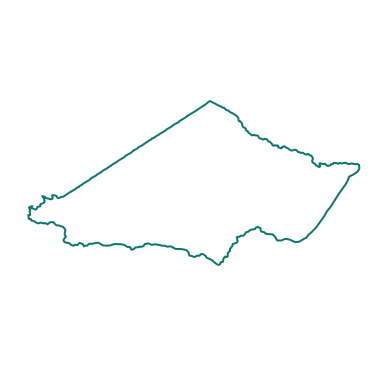 Chahal, Alta Verapaz, Guatemala (orthographic projection), rotated 210°
{"feature_id": "79465075B23943610665473", "entity_name": "Chahal", "entity_type": "district", "adm_level": 2, "iso_a3": "GTM", "parent_name": "Guatemala", "parent_adm1": "Alta Verapaz", "projection": "orthographic", "projection_center": [-89.573, 15.738], "detail": "fine", "context": "isolated", "style": "outline", "palette": "teal", "viewbox_px": 384, "rotation_deg": 210, "n_neighbors": 0, "source": "geoboundaries", "source_scale": "gbopen_adm2", "svg_char_len": 6004}
<svg xmlns="http://www.w3.org/2000/svg" viewBox="0 0 384 384"><g transform="rotate(210 192 192)"><path d="M210.2,280.3L221.7,279.8L222.6,278.7L224.4,273.7L225.4,272.3L228.8,265.1L234.5,254.7L234.9,253.2L238.3,247.2L238.6,245.7L241.3,241.4L242.6,238.2L245.5,233.1L245.7,232.0L249.2,225.8L249.5,224.7L251.1,222.2L252.3,219.5L253.3,218.6L253.5,217.2L254.7,215.5L258.7,207.1L260.8,203.8L261.2,202.2L263.5,198.3L264.5,195.4L267.5,190.4L268.1,188.3L271.6,182.1L272.0,180.6L274.3,176.7L277.7,169.5L279.5,166.6L281.0,162.9L282.7,160.3L283.3,158.4L286.3,153.3L286.9,151.0L290.4,145.0L290.9,143.4L292.4,140.9L292.4,140.0L293.5,138.7L294.3,136.6L298.0,130.0L301.0,123.8L301.3,123.4L302.0,123.0L302.6,122.6L303.1,122.0L303.5,121.1L304.6,119.9L305.2,119.7L305.7,119.8L306.3,120.0L306.7,120.3L307.2,120.7L307.8,120.8L308.5,120.7L310.5,119.9L311.2,119.5L311.3,119.1L311.1,118.5L310.6,118.0L310.2,117.8L309.8,117.4L309.5,116.8L309.5,116.4L309.7,115.8L310.2,115.4L310.7,115.1L311.2,114.9L313.0,114.5L314.5,113.9L315.0,113.8L315.7,113.7L316.3,114.2L316.7,114.2L318.4,114.0L319.3,113.5L318.8,113.2L316.8,112.3L316.3,111.8L316.1,111.1L315.6,110.7L315.0,110.5L314.8,110.0L314.8,109.0L315.1,108.2L316.9,106.0L317.2,105.3L316.7,104.8L316.4,104.4L316.4,103.8L316.6,103.3L317.8,102.5L318.3,102.0L318.3,101.4L318.1,100.2L318.1,99.7L318.3,99.0L318.8,98.5L319.7,98.4L321.0,98.3L322.0,97.9L322.4,97.8L323.0,97.9L323.3,98.5L323.2,99.2L323.3,99.7L323.8,99.4L325.1,97.8L325.3,97.2L325.2,96.8L324.8,96.4L324.2,96.0L323.5,95.8L323.0,95.4L322.9,94.9L322.8,93.7L322.5,93.4L322.0,93.0L321.6,92.4L321.2,91.9L320.8,91.5L320.8,91.1L321.2,90.6L321.5,90.3L322.1,90.0L320.0,87.3L319.4,87.2L318.2,87.9L316.7,87.0L315.0,87.7L310.2,87.7L309.0,88.3L307.9,89.8L304.8,90.6L303.8,91.6L300.9,91.9L300.0,94.4L299.0,95.4L296.8,96.6L294.2,95.6L292.6,95.4L290.9,96.3L286.4,97.3L283.7,96.5L282.5,95.5L281.5,92.3L280.4,91.0L279.1,90.5L278.9,89.9L279.3,88.5L279.2,86.2L278.3,85.2L276.5,85.0L272.6,86.3L270.6,85.8L267.8,86.1L267.2,87.5L264.6,88.8L264.4,90.6L263.6,91.8L262.7,91.9L260.4,92.2L259.4,91.6L258.4,91.0L257.5,92.2L256.1,93.0L255.1,95.9L253.1,96.8L249.3,100.2L247.5,101.3L242.5,101.2L239.7,102.5L236.4,104.6L233.4,107.9L227.7,111.2L224.2,112.3L220.3,112.1L219.0,113.0L217.6,113.2L216.1,111.9L215.2,111.9L213.7,113.9L213.4,115.5L210.7,117.6L210.0,118.6L208.9,118.9L207.7,119.9L207.0,120.9L206.8,123.4L203.9,125.8L201.4,125.9L200.1,126.3L198.1,128.1L193.5,130.0L191.2,130.4L188.5,132.0L186.0,132.3L183.4,134.3L177.8,134.5L172.1,137.5L168.1,138.8L166.3,138.5L164.6,137.8L162.7,135.8L161.6,135.9L160.4,136.5L157.9,136.7L156.8,137.5L155.9,139.3L153.8,140.5L153.5,140.9L153.3,142.3L152.6,143.2L150.9,143.7L148.1,143.4L146.6,142.5L140.6,143.0L136.7,142.1L133.8,141.9L132.9,142.0L132.0,142.7L131.7,143.6L131.9,145.7L130.3,147.2L130.4,147.9L131.2,149.1L131.3,151.2L130.9,152.7L129.8,152.8L128.9,154.1L130.4,157.1L129.7,160.2L130.6,161.5L130.1,165.9L130.7,167.3L128.3,170.1L127.8,170.9L128.1,172.5L130.4,175.0L130.4,175.7L128.5,177.0L127.8,178.7L126.4,179.2L125.6,180.0L125.1,182.5L125.1,184.1L123.4,185.8L122.5,188.4L119.2,191.2L118.8,192.0L119.0,192.6L117.6,194.7L114.6,194.8L113.0,192.8L112.0,192.5L109.1,193.3L107.7,192.8L106.1,193.1L101.1,195.6L97.9,194.9L94.4,192.8L93.7,192.8L90.3,194.7L88.2,197.7L87.1,198.4L83.7,199.6L77.5,200.2L74.1,202.8L71.1,208.3L70.2,209.3L69.7,213.3L68.5,216.5L66.7,223.7L65.4,237.4L65.5,242.6L64.5,249.2L64.0,263.5L62.8,275.1L62.9,279.3L63.6,283.9L61.3,287.3L58.9,292.0L58.7,295.5L59.2,296.7L61.0,298.9L62.7,299.0L64.0,297.9L67.9,296.6L69.9,294.8L71.3,294.2L73.6,294.2L74.4,293.3L75.8,292.4L76.8,291.4L77.5,291.2L78.0,291.2L78.6,291.1L78.9,290.7L79.0,290.2L79.3,289.6L79.9,289.5L80.8,289.5L82.4,288.7L82.8,288.6L83.4,288.4L83.9,287.8L83.9,287.2L83.9,286.7L84.5,286.1L84.9,286.0L85.4,285.5L85.5,284.9L85.6,284.3L85.9,284.0L86.3,283.8L86.6,283.3L86.8,282.9L87.3,282.5L87.9,282.4L88.5,282.3L89.2,282.4L89.7,282.6L90.3,282.8L90.9,282.8L91.4,282.5L92.5,281.8L93.1,281.5L93.7,281.3L94.6,281.2L95.1,281.1L95.6,280.9L95.6,280.5L95.6,280.0L95.1,279.4L94.6,279.0L94.2,278.7L93.8,278.3L94.0,277.6L94.5,277.2L94.9,277.1L95.7,277.1L96.2,277.3L96.7,277.3L97.4,277.1L98.1,277.0L98.4,277.3L99.0,277.7L99.7,277.8L101.7,277.8L102.4,278.0L103.1,278.6L103.5,278.9L103.7,279.7L103.8,280.3L103.9,281.1L104.3,281.7L104.7,282.0L105.3,282.3L105.6,282.5L106.6,283.0L107.2,283.1L107.6,283.0L108.2,282.7L108.6,282.6L109.0,282.7L109.5,283.0L110.1,283.1L110.8,282.9L111.2,282.4L111.6,281.6L112.1,281.4L112.8,281.4L113.4,281.2L114.0,281.2L115.4,281.5L116.1,281.2L116.5,280.9L116.9,280.5L117.5,280.2L118.1,280.2L118.8,280.3L119.3,279.9L119.7,279.7L120.2,279.6L120.8,279.9L121.2,280.1L121.8,280.3L122.3,280.3L123.4,280.3L124.2,279.9L125.9,278.1L126.5,277.7L127.2,277.5L129.0,277.4L130.0,277.7L131.1,277.8L131.6,277.8L132.3,277.6L132.9,277.6L134.2,277.8L134.9,277.8L135.3,277.2L135.6,276.8L136.2,276.5L136.4,276.1L136.3,275.7L136.3,275.2L136.4,274.7L136.7,274.4L137.4,274.3L138.3,274.1L138.8,273.9L139.4,273.8L140.0,274.4L140.3,275.0L140.8,275.2L141.3,275.1L141.7,274.6L142.2,274.2L143.0,274.2L143.6,273.9L144.0,273.4L144.6,272.8L145.3,272.7L146.0,273.0L146.3,273.4L147.1,273.7L148.0,274.0L149.3,274.3L149.8,274.4L150.4,274.2L150.9,274.0L151.4,274.0L152.0,274.3L152.9,275.0L153.6,275.0L154.1,274.8L154.6,274.8L155.4,274.5L156.1,273.6L156.5,273.1L156.9,272.8L157.6,272.8L158.1,273.0L158.5,273.0L159.7,272.4L160.5,272.3L160.9,272.4L161.5,272.7L162.7,273.6L163.4,273.6L163.8,273.5L164.3,273.3L165.3,272.7L166.3,272.5L166.8,272.5L167.5,271.9L167.7,271.6L168.1,271.3L168.5,271.1L169.2,271.1L169.7,271.2L170.3,271.4L171.1,271.6L171.8,271.5L172.6,271.5L173.5,272.0L174.0,272.4L174.6,272.5L175.2,272.5L175.6,272.4L176.2,272.5L176.7,273.0L177.0,273.6L177.7,273.9L178.1,273.9L180.2,273.8L180.9,274.1L181.3,274.4L181.8,274.9L182.6,275.8L182.9,276.3L183.4,276.6L185.9,277.3L186.6,276.9L187.7,277.5L188.8,279.2L191.3,280.3L196.3,280.5L198.6,280.2L201.4,280.6L203.3,280.1L206.4,281.0L207.6,280.4L209.7,280.6L210.2,280.3Z" fill="none" stroke="#0f766e" stroke-width="2"/></g></svg>